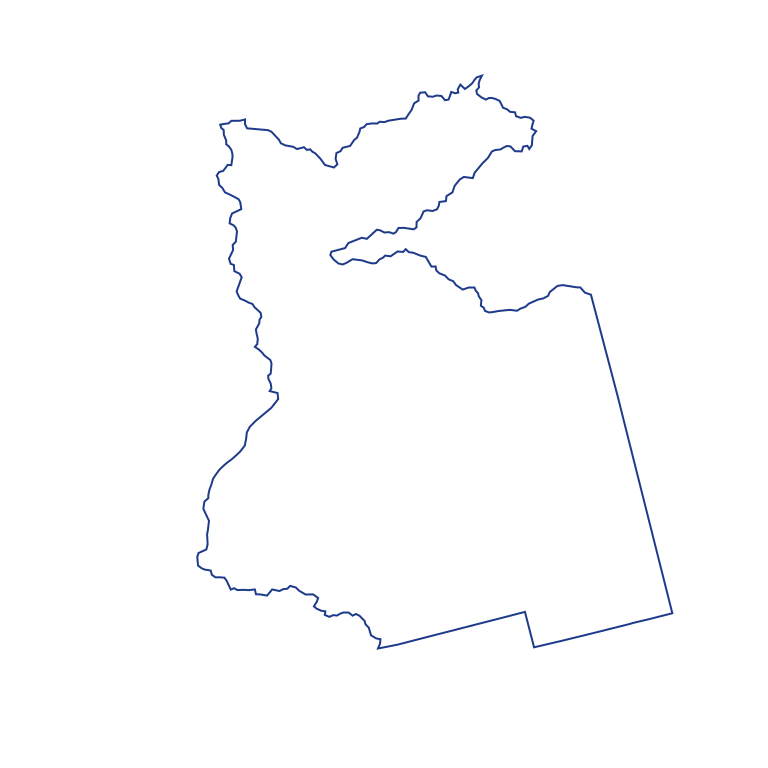 Presidente Médici, Rondônia, Brazil, rotated 76°
{"feature_id": "56859067B10232029325302", "entity_name": "Presidente Médici", "entity_type": "district", "adm_level": 2, "iso_a3": "BRA", "parent_name": "Brazil", "parent_adm1": "Rondônia", "projection": "mercator", "projection_center": [-61.989, -11.194], "detail": "fine", "context": "isolated", "style": "outline", "palette": "blue", "viewbox_px": 768, "rotation_deg": 76, "n_neighbors": 0, "source": "geoboundaries", "source_scale": "gbopen_adm2", "svg_char_len": 4476}
<svg xmlns="http://www.w3.org/2000/svg" viewBox="0 0 768 768"><g transform="rotate(76 384 384)"><path d="M559.6,535.5L558.7,531.7L559.2,527.3L557.2,523.9L560.1,518.8L564.0,516.4L569.3,511.0L571.0,503.7L575.6,499.7L578.8,501.7L582.8,505.8L585.7,503.7L588.8,499.8L590.4,495.9L593.7,497.3L596.7,493.4L596.0,489.1L597.3,485.6L596.2,481.9L595.9,478.7L597.2,473.6L601.2,470.5L600.4,466.8L603.0,463.8L609.3,460.1L612.6,460.1L616.8,457.7L624.7,457.4L629.0,453.1L630.7,449.2L634.9,450.6L639.2,453.8L640.2,434.0L639.9,398.9L639.4,320.7L639.2,302.4L648.5,302.3L675.8,302.1L676.1,279.9L676.2,273.9L676.3,245.1L676.3,205.0L676.1,199.9L676.3,184.1L676.2,159.7L553.7,160.0L475.9,160.2L454.6,160.2L347.4,161.6L344.0,166.9L337.8,170.2L336.6,174.2L331.3,186.6L330.8,192.0L334.9,200.9L338.2,203.5L339.5,208.8L339.3,214.0L341.1,224.1L343.3,228.1L343.9,233.6L345.1,237.2L342.5,243.9L340.9,255.1L340.5,261.3L340.0,264.8L337.5,268.3L334.0,268.8L331.5,271.1L326.2,269.2L321.9,270.8L318.6,270.8L315.9,272.3L312.3,272.9L310.9,278.4L311.4,284.8L305.4,290.2L301.1,291.9L298.0,296.0L293.5,298.6L289.9,303.6L286.4,305.8L282.5,305.5L281.5,309.6L270.8,312.7L268.1,317.9L263.8,323.7L262.0,328.1L258.4,330.3L260.5,333.4L258.7,338.8L261.7,346.7L259.7,351.8L261.3,354.7L262.0,358.2L264.8,362.4L264.1,366.3L261.8,370.6L258.8,375.3L255.3,384.3L257.5,391.6L258.0,395.3L256.0,399.1L250.9,402.8L245.9,404.9L242.9,403.0L242.7,388.9L238.6,384.4L236.7,370.2L239.0,365.5L232.6,353.7L233.8,350.8L237.1,347.0L237.9,342.3L240.4,338.4L239.4,335.5L236.1,332.2L237.4,326.6L241.1,317.7L239.9,314.6L234.6,313.1L232.2,308.7L229.7,306.6L226.2,303.9L225.8,300.3L227.9,294.9L227.3,290.3L224.3,287.7L220.8,286.2L221.5,279.7L216.8,277.9L214.6,271.2L208.7,267.4L203.9,261.0L202.4,256.5L205.7,248.0L200.9,244.9L193.8,235.2L189.8,228.5L184.5,223.1L183.9,219.7L184.6,214.1L183.5,210.9L182.8,207.0L184.1,203.8L189.8,200.6L191.6,194.1L187.3,191.4L187.6,187.2L191.1,186.2L188.1,182.8L179.3,179.8L175.5,175.2L172.0,179.1L168.4,177.3L164.7,175.1L160.9,177.9L158.8,183.0L158.9,186.8L156.1,191.1L152.1,191.1L150.4,195.9L147.3,198.0L144.8,201.6L137.3,203.3L134.5,206.7L132.5,210.2L131.9,213.2L132.7,216.3L129.6,220.0L125.2,223.5L121.7,223.5L119.1,220.0L115.8,219.6L112.6,217.9L108.5,214.4L108.9,219.9L110.8,222.6L113.5,225.6L115.9,230.4L117.3,234.1L112.0,237.5L115.9,241.2L119.2,241.4L119.1,244.6L116.9,248.1L120.0,250.0L123.6,252.5L123.4,256.1L118.4,258.6L116.8,263.3L117.1,267.1L115.5,271.8L110.9,273.5L110.1,278.4L112.6,280.8L117.4,281.9L118.9,286.8L124.7,290.9L128.8,295.6L131.7,298.7L130.7,303.2L129.6,315.9L130.0,320.3L128.5,324.7L129.6,327.6L128.2,333.0L127.7,338.0L129.9,341.3L130.3,345.2L133.6,346.9L138.5,350.6L140.0,353.9L144.8,359.3L144.8,367.0L147.6,369.9L148.4,374.3L153.9,376.5L159.6,376.1L161.8,380.2L157.2,388.3L150.0,391.2L143.3,395.1L141.2,397.4L138.5,398.8L138.2,402.2L134.9,404.4L135.0,411.5L131.9,414.7L128.6,422.0L125.4,425.9L121.6,426.8L112.0,432.2L109.6,435.2L102.8,455.0L98.2,456.0L93.7,454.8L93.7,460.2L91.7,468.4L93.5,471.9L92.9,476.5L92.8,480.2L96.3,479.9L98.8,478.1L103.3,479.1L109.6,478.2L113.3,479.1L115.9,477.0L119.8,475.5L123.6,475.4L127.0,476.0L134.7,479.2L133.6,482.7L135.7,485.2L138.3,488.5L138.5,492.8L141.3,495.9L144.9,495.1L151.0,495.8L154.3,493.6L159.6,491.9L162.7,488.0L166.4,483.8L169.5,480.4L173.0,479.5L179.8,480.2L181.8,490.2L185.9,493.1L190.8,494.9L193.6,491.6L196.4,490.1L200.4,489.7L210.1,493.4L212.5,497.2L217.5,498.0L220.5,500.5L224.9,504.1L230.3,503.7L232.2,500.9L238.3,501.9L242.1,497.4L246.1,496.3L258.5,504.6L262.1,504.1L266.4,502.9L269.6,498.5L272.1,495.9L274.6,492.2L278.1,491.1L285.0,486.5L289.3,486.8L291.5,489.2L295.0,490.4L300.1,495.1L304.9,495.5L309.6,495.5L314.7,497.4L316.7,500.3L320.4,497.0L324.1,494.6L327.5,493.1L333.2,488.5L336.8,488.2L342.2,489.9L346.6,491.5L347.9,494.4L350.9,494.9L356.4,493.8L360.9,494.3L363.2,496.6L367.0,489.5L373.0,490.3L379.8,499.0L388.9,517.8L393.1,524.6L397.8,528.8L403.5,530.9L410.1,534.0L414.8,540.0L417.1,544.0L420.0,549.6L422.8,556.2L425.4,561.1L427.4,564.5L431.2,569.1L434.6,572.8L439.9,575.9L444.3,578.9L448.9,581.2L452.3,582.1L454.6,586.7L461.5,589.5L474.4,586.9L483.6,590.4L486.9,592.0L496.8,593.9L501.6,596.4L503.1,604.8L506.5,607.0L511.6,607.8L515.2,608.3L518.6,605.6L520.7,602.9L523.0,597.3L527.5,597.2L530.8,594.3L531.8,590.2L533.3,585.7L536.8,584.3L546.4,582.4L545.9,578.8L548.4,576.3L549.9,569.5L551.3,565.2L552.1,559.0L557.0,559.1L558.3,554.8L561.0,548.6L556.3,542.2L559.6,535.5Z" fill="none" stroke="#1e3a8a" stroke-width="2"/></g></svg>